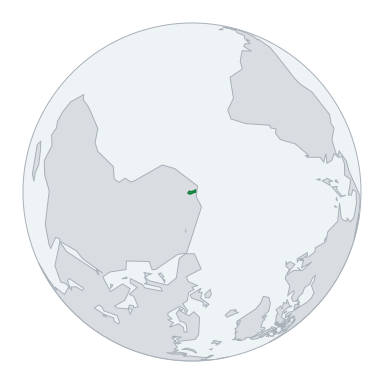 the Earth from above Saint-Louis, rotated 164°
{"feature_id": "SEN-5517", "entity_name": "Saint-Louis", "entity_type": "Region", "adm_level": 1, "iso_a3": "SEN", "parent_name": "Senegal", "parent_adm1": "", "projection": "orthographic", "projection_center": [-15.156, 16.165], "detail": "fine", "context": "on_globe", "style": "filled", "palette": "green", "viewbox_px": 384, "rotation_deg": 164, "n_neighbors": 0, "source": "natural_earth", "source_scale": "10m", "svg_char_len": 9681}
<svg xmlns="http://www.w3.org/2000/svg" viewBox="0 0 384 384"><g transform="rotate(164 192 192)"><circle cx="192" cy="192" r="169" fill="#eef3f6" stroke="#a8b0b8"/><path d="M45.4,108.0L45.4,107.9L45.9,107.2L52.2,97.1L59.3,87.5L67.0,78.4L75.3,69.8L84.2,61.9L82.3,63.5L86.4,60.2L91.1,56.4L101.6,49.3L112.4,43.0L123.7,37.5L135.4,32.8L147.3,29.1L159.6,26.2L158.3,26.5L140.0,31.8L140.0,32.9L127.2,41.0L130.6,40.0L127.9,43.1L130.8,43.2L127.6,45.1L132.7,43.6L135.1,41.8L138.2,40.7L140.1,40.7L136.4,43.1L134.8,43.4L134.7,44.2L132.0,45.4L134.5,44.8L129.7,48.0L137.3,45.1L135.8,47.8L131.9,49.9L128.6,49.3L111.3,54.5L106.3,57.4L102.5,61.5L103.0,69.3L99.0,72.9L96.3,78.1L100.1,75.9L103.7,71.2L110.2,69.0L113.8,64.1L117.0,62.7L122.1,58.2L125.2,59.4L125.5,63.2L121.4,67.2L121.4,69.1L128.5,66.1L123.9,74.8L126.2,83.3L124.6,85.8L115.8,88.6L107.7,86.1L96.2,91.7L107.6,88.9L103.4,96.0L104.3,97.7L106.9,98.1L110.0,95.8L109.4,98.7L97.9,102.0L98.3,99.5L101.9,98.3L98.1,97.4L90.3,100.6L88.8,104.4L78.7,106.7L77.4,109.7L74.6,112.1L77.2,107.1L72.3,116.5L60.1,123.6L53.2,140.7L55.7,125.9L54.0,122.9L51.3,121.4L50.0,124.1L48.1,119.6L43.4,123.0L37.1,135.6L34.2,146.8L36.7,150.1L39.6,145.1L42.6,146.0L36.0,160.2L40.6,166.1L37.6,177.6L38.3,184.7L41.7,184.9L44.9,189.7L48.8,184.1L54.3,182.3L52.8,192.0L57.1,184.3L59.3,190.1L71.1,193.5L69.8,195.4L79.6,209.9L92.6,218.0L95.6,225.7L93.8,229.6L98.8,231.9L98.9,234.8L121.2,242.8L134.3,251.4L135.0,261.0L126.3,270.7L123.8,291.9L109.7,296.3L109.7,304.2L104.9,314.0L95.9,311.0L102.2,317.6L100.3,319.9L95.5,318.7L97.9,322.5L94.5,321.4L99.1,324.8L98.6,328.1L104.6,332.7L105.5,335.1L109.6,337.8L108.1,337.2L107.8,337.4L109.5,338.6L102.6,334.8L94.9,329.2L93.1,327.1L91.1,325.9L86.7,320.0L86.3,320.7L77.3,309.6L73.4,301.0L61.7,272.2L57.8,265.3L49.2,255.2L38.4,228.3L39.5,219.7L37.9,214.3L43.2,203.2L43.0,189.6L41.5,186.9L39.2,190.8L35.1,179.5L35.3,168.6L31.6,142.4L33.2,136.4L36.2,128.5L50.4,99.8L37.1,124.9L39.7,118.9L41.5,115.3L45.4,108.0ZM50.6,146.3L56.1,158.4L50.9,157.2L52.3,156.1L51.3,151.7L48.8,146.8L44.9,146.5L50.6,146.3ZM57.8,138.7L56.6,137.4L58.0,138.0L57.8,138.7ZM90.1,57.3L85.8,60.6L86.6,60.0L90.1,57.3ZM120.0,57.9L121.0,58.1L119.5,58.8L120.0,57.9ZM121.3,56.0L118.9,56.8L119.1,56.0L120.6,55.5L121.3,56.0ZM124.2,55.3L119.9,54.5L120.4,53.2L126.5,50.4L124.2,55.3ZM135.0,41.3L132.6,43.2L132.8,41.6L135.0,41.3ZM134.4,40.7L130.8,38.5L135.4,36.1L135.7,37.2L140.2,34.4L144.2,34.2L142.7,35.7L138.9,37.2L143.3,36.1L134.4,40.7ZM139.4,40.1L138.3,39.8L142.2,37.6L145.2,38.0L143.0,38.5L139.4,40.1ZM139.4,33.9L142.8,32.6L147.1,32.0L149.0,31.5L144.7,34.0L139.4,33.9ZM143.1,39.0L146.6,38.3L146.5,39.4L140.8,40.4L143.1,39.0ZM141.9,37.0L143.9,36.0L143.8,36.6L141.9,37.0ZM148.3,43.7L146.9,42.9L148.8,41.7L148.3,43.7ZM147.9,37.9L147.9,37.6L148.5,37.1L150.8,36.9L147.9,37.9ZM148.0,33.6L149.0,33.7L149.9,32.5L153.1,32.3L149.7,34.1L152.5,33.2L153.5,33.2L149.6,34.8L148.0,33.6ZM154.9,35.3L151.6,38.0L153.9,39.5L152.3,40.5L148.9,38.1L154.9,35.3ZM152.1,34.8L153.4,35.3L150.7,36.2L148.2,36.5L152.1,34.8ZM156.5,31.6L152.5,31.4L153.4,31.0L156.5,31.6ZM156.1,35.5L156.8,34.9L156.5,35.5L156.1,35.5ZM157.0,32.5L155.4,32.4L156.5,32.0L157.0,32.5ZM159.6,33.8L158.6,34.6L156.8,34.7L159.6,33.8ZM158.8,33.0L160.6,32.5L156.8,34.3L158.0,33.0L158.8,33.0ZM158.2,32.1L158.3,31.8L158.7,32.2L158.2,32.1ZM167.0,33.2L162.5,35.4L158.6,35.5L163.4,33.3L167.0,33.2ZM115.8,341.9L104.1,335.7L109.9,338.9L109.6,338.0L117.3,342.0L115.8,341.9ZM116.9,339.8L119.1,339.8L120.9,340.6L119.7,340.9L116.9,339.8ZM222.6,25.8L220.4,25.5L217.5,25.0L222.6,25.8ZM214.3,24.5L214.1,24.5L212.6,24.3L210.5,24.1L214.3,24.5ZM359.0,166.2L354.4,148.3L349.2,134.6L349.4,137.5L342.9,128.6L337.2,134.2L334.7,131.1L334.0,134.1L329.2,132.6L324.7,127.5L322.6,129.3L334.0,142.8L336.1,140.9L335.5,133.2L338.5,138.6L343.0,141.7L344.1,159.0L332.8,180.4L328.9,169.2L305.9,142.5L305.0,138.7L304.8,138.4L304.3,137.7L305.1,144.0L300.2,138.7L315.5,158.0L319.3,167.3L332.7,181.2L332.1,183.5L335.6,185.9L343.3,176.7L343.9,180.7L342.0,201.4L328.9,232.5L329.0,248.4L325.4,262.8L313.7,275.4L311.2,285.6L304.6,290.9L301.9,296.9L294.6,304.3L283.8,312.1L269.3,315.5L271.1,310.6L268.0,302.0L265.0,278.8L271.6,266.2L271.4,257.1L260.6,238.1L263.2,225.9L259.6,221.4L252.5,223.7L248.0,218.4L243.5,218.8L213.1,226.2L202.1,219.2L185.0,196.2L189.2,186.3L187.0,175.1L214.0,134.8L223.0,136.0L248.1,127.5L251.8,128.3L252.4,137.0L274.1,143.8L276.8,135.7L292.9,137.7L301.2,135.0L297.8,118.7L284.1,122.8L278.1,116.1L286.3,106.5L297.7,103.7L295.8,101.1L285.5,97.2L285.1,91.4L281.6,95.6L285.3,97.7L283.2,100.6L279.7,98.9L279.7,96.7L275.4,96.6L276.6,107.6L280.4,110.9L271.0,115.5L276.5,121.7L275.1,125.7L265.2,116.7L263.8,112.9L247.9,104.7L248.5,109.0L263.5,117.2L260.2,117.1L261.1,123.8L257.8,118.6L241.2,109.2L230.7,113.8L222.5,131.8L215.2,134.3L206.7,132.0L204.4,115.5L220.9,112.1L220.3,106.9L212.5,100.6L218.1,100.4L217.0,97.7L222.8,96.4L226.5,88.8L231.7,87.2L228.9,79.1L231.2,77.4L232.2,82.5L235.7,85.5L248.1,82.5L249.3,80.4L246.4,75.6L250.2,75.7L245.9,71.5L250.9,68.2L241.1,69.0L237.5,64.2L238.2,59.8L235.3,58.6L234.1,65.8L235.3,68.7L239.1,70.8L240.6,79.8L237.2,82.1L229.0,73.8L223.3,76.4L219.3,69.5L224.9,53.1L229.4,49.4L245.8,52.1L247.3,55.1L242.1,55.4L250.8,59.0L248.2,56.8L251.4,57.2L248.7,53.4L250.8,53.5L244.7,49.9L247.0,49.6L250.8,51.9L248.8,46.8L252.4,45.7L251.0,44.6L248.4,43.7L254.7,43.4L253.3,42.6L250.7,42.3L246.4,40.7L241.1,38.0L243.6,38.0L245.8,39.0L254.2,41.5L259.7,44.6L260.2,44.4L255.9,41.7L245.7,38.6L241.9,37.0L246.6,38.0L244.6,37.5L243.4,36.7L244.6,36.2L239.3,35.0L223.3,28.5L224.0,27.4L229.9,28.6L221.3,25.8L222.7,25.9L234.7,28.5L246.4,32.1L257.9,36.4L269.0,41.6L279.7,47.6L290.0,54.3L299.7,61.8L308.9,70.0L317.4,78.8L325.3,88.2L332.5,98.1L338.9,108.6L344.6,119.4L349.4,130.7L353.5,142.3L356.7,154.1L359.0,166.2ZM208.7,154.7L208.9,158.0L208.7,154.7ZM312.7,109.2L317.7,107.3L310.5,99.1L311.8,97.9L308.9,95.7L310.0,98.5L302.1,92.7L302.4,89.0L299.3,85.5L297.5,86.1L298.0,93.8L309.4,102.0L310.3,106.3L312.7,109.2ZM71.5,193.5L72.8,195.8L70.8,195.3L71.5,193.5ZM49.1,160.8L50.8,161.9L51.3,163.8L49.8,163.7L49.1,160.8ZM65.8,167.9L68.3,169.7L65.3,169.5L65.8,167.9ZM57.2,160.1L63.8,166.9L58.1,167.8L54.1,163.7L57.5,164.2L57.2,160.1ZM54.8,143.8L55.6,145.0L54.6,146.5L54.8,143.8ZM58.8,139.2L58.3,139.2L58.4,137.5L58.8,139.2ZM104.1,95.8L105.0,95.6L107.1,96.6L105.1,97.3L104.1,95.8ZM122.1,94.8L120.7,99.5L120.4,96.4L117.4,98.1L112.9,94.2L123.6,86.9L119.6,90.7L122.1,94.8ZM109.9,87.6L111.6,90.5L109.4,87.7L109.9,87.6ZM204.7,85.5L208.2,86.7L208.1,90.0L201.4,93.4L201.5,88.5L204.7,85.5ZM213.0,87.8L206.7,79.4L210.5,77.4L209.4,79.8L212.6,79.3L211.7,83.2L221.6,90.1L222.2,93.6L209.6,97.1L213.4,93.8L209.9,92.7L213.0,87.8ZM183.6,65.8L180.9,63.4L192.8,62.0L193.9,64.6L187.4,67.7L182.2,66.7L183.6,65.8ZM135.8,51.1L134.0,51.2L135.1,50.4L137.5,49.7L135.8,51.1ZM147.5,43.4L144.8,50.6L142.6,50.9L143.7,55.5L138.3,58.0L137.8,54.9L134.4,60.6L131.8,58.8L130.2,62.7L129.6,55.5L127.1,54.5L132.0,54.5L137.0,52.1L138.4,50.7L140.6,46.4L137.7,43.6L142.2,41.2L146.2,40.2L147.5,40.5L144.2,41.9L148.4,41.3L144.6,43.6L147.5,43.4ZM189.9,37.0L185.4,37.3L193.3,38.7L189.5,40.1L190.7,40.2L189.4,42.0L189.8,44.5L187.6,44.9L188.7,45.7L187.8,47.1L188.6,48.5L184.9,49.9L185.6,51.8L183.4,51.5L185.6,54.3L182.3,52.9L180.9,54.9L184.8,55.2L162.7,62.1L156.0,66.9L152.2,72.0L147.1,69.4L147.4,63.4L150.9,56.6L158.2,52.7L154.5,52.5L156.9,50.7L158.8,51.6L157.3,49.2L159.8,48.0L163.0,43.4L159.3,41.3L160.4,39.7L163.1,40.0L162.3,38.4L168.0,38.0L168.9,37.0L175.4,35.9L180.0,37.4L180.6,36.2L185.6,35.6L189.9,37.0ZM168.8,32.9L175.2,33.8L176.2,35.2L164.4,36.7L162.8,37.6L155.3,39.1L153.9,37.2L156.2,36.9L158.1,36.2L157.8,37.0L159.5,35.9L162.7,35.5L164.8,34.6L166.3,35.0L168.8,32.9ZM253.8,124.6L256.3,124.4L259.7,123.4L260.3,127.8L253.8,124.6ZM242.5,118.3L244.4,117.3L247.0,122.6L244.4,122.9L242.5,118.3ZM243.3,112.6L244.3,116.9L242.3,114.8L243.3,112.6ZM233.7,81.6L235.5,80.5L236.6,81.6L236.6,83.5L233.7,81.6ZM212.6,43.1L209.9,42.6L209.9,42.1L205.1,40.0L207.5,39.0L211.3,39.9L212.6,43.1ZM296.7,122.1L295.6,125.8L293.8,124.7L294.5,123.6L296.7,122.1ZM278.1,127.0L283.4,127.8L278.2,128.3L278.1,127.0ZM214.4,41.7L212.2,40.9L214.8,40.9L214.4,41.7ZM209.1,38.3L211.7,38.1L207.3,38.7L209.1,38.3ZM340.5,253.3L327.6,280.3L323.5,282.4L325.4,275.8L331.9,260.2L337.5,253.7L341.0,245.8L340.5,253.3ZM231.9,35.7L235.8,39.4L240.3,42.1L245.3,43.4L239.9,43.4L233.1,39.2L231.9,35.7ZM224.1,29.2L219.8,28.5L220.5,28.2L221.6,28.3L224.1,29.2ZM222.3,29.3L219.2,29.8L216.0,29.0L219.1,28.7L222.3,29.3ZM217.1,34.9L218.1,35.9L215.9,35.7L217.1,34.9ZM212.4,24.3L210.2,24.1L209.7,24.0L212.4,24.3ZM203.7,23.5L205.9,23.7L202.6,23.4L203.7,23.5ZM210.8,24.4L206.2,23.8L212.1,24.5L210.8,24.4Z" fill="#d9dde1" stroke="#a8b0b8" stroke-width="1"/><path d="M192.6,190.5L192.8,190.6L193.3,190.6L193.5,190.6L193.8,190.6L194.0,190.6L194.3,190.6L194.3,190.8L194.5,190.8L194.7,191.0L194.8,191.0L195.1,191.3L195.3,191.4L195.3,191.5L195.4,191.8L195.5,191.9L195.7,192.0L195.8,192.1L196.0,192.0L196.0,191.9L196.1,192.0L196.0,192.3L195.7,192.4L195.6,192.5L195.3,192.8L194.9,193.2L194.4,193.5L194.1,193.4L193.9,193.2L193.7,193.1L193.6,192.8L193.3,192.6L193.1,192.6L192.9,192.5L191.2,192.5L190.8,192.7L190.7,192.7L190.2,192.0L190.1,191.9L190.0,192.0L189.9,192.0L189.3,192.5L189.2,192.6L189.0,192.8L188.9,192.8L188.7,193.0L188.1,193.0L188.1,192.9L188.2,192.4L188.3,192.2L188.3,191.9L188.5,191.8L188.5,191.7L188.7,191.2L188.8,191.0L188.8,190.9L189.0,190.9L189.3,190.9L189.4,191.0L189.5,191.0L189.8,191.0L190.0,191.0L190.3,191.0L190.5,191.1L190.7,190.9L190.8,190.9L190.9,191.0L191.0,190.9L191.3,190.9L191.5,190.8L191.8,190.8L192.1,190.8L192.1,190.7L192.3,190.6L192.5,190.5L192.5,190.4L192.5,190.5L192.6,190.5Z" fill="#22c55e" stroke="#15803d" stroke-width="1.5"/></g></svg>